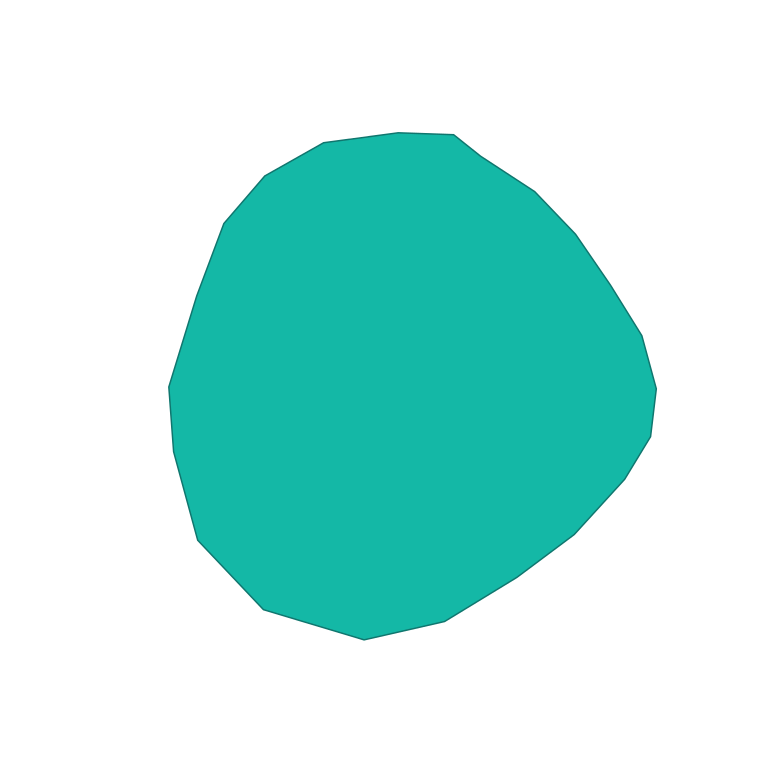 outline of Tshikapa, Kasaï-Occidental, Democratic Republic of the Congo, rotated 321°
{"feature_id": "63176286B37681851712476", "entity_name": "Tshikapa", "entity_type": "district", "adm_level": 2, "iso_a3": "COD", "parent_name": "Democratic Republic of the Congo", "parent_adm1": "Kasaï-Occidental", "projection": "robinson", "projection_center": [20.826, -6.413], "detail": "fine", "context": "isolated", "style": "filled", "palette": "teal", "viewbox_px": 768, "rotation_deg": 321, "n_neighbors": 0, "source": "geoboundaries", "source_scale": "gbopen_adm2", "svg_char_len": 447}
<svg xmlns="http://www.w3.org/2000/svg" viewBox="0 0 768 768"><g transform="rotate(321 384 384)"><path d="M365.5,617.9L437.1,620.7L511.1,609.5L558.0,592.7L592.6,559.1L614.8,508.7L622.2,449.8L627.1,388.2L622.2,329.4L602.4,267.7L595.0,234.1L553.1,197.7L488.9,158.5L422.3,147.3L360.6,158.5L293.9,197.7L214.9,250.9L177.9,304.2L140.9,388.2L148.3,483.5L207.5,570.3L281.6,606.7L365.5,617.9Z" fill="#14b8a6" stroke="#0f766e" stroke-width="1.5"/></g></svg>